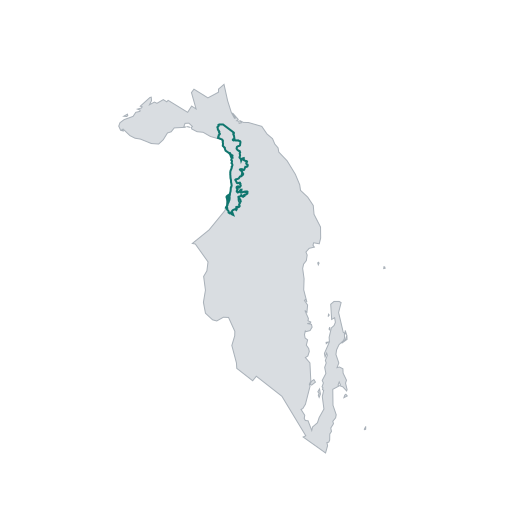 location of Veracruz within Mexico, rotated 214°
{"feature_id": "MEX-2734", "entity_name": "Veracruz", "entity_type": "State", "adm_level": 1, "iso_a3": "MEX", "parent_name": "Mexico", "parent_adm1": "", "projection": "albers", "projection_center": [-96.92, 19.815], "detail": "fine", "context": "in_parent", "style": "outline", "palette": "teal", "viewbox_px": 512, "rotation_deg": 214, "n_neighbors": 0, "source": "natural_earth", "source_scale": "10m", "svg_char_len": 9597}
<svg xmlns="http://www.w3.org/2000/svg" viewBox="0 0 512 512"><g transform="rotate(214 256 256)"><path d="M88.2,131.6L115.7,132.3L114.2,134.8L156.1,154.2L188.5,156.5L189.0,150.7L209.1,152.1L212.4,156.4L226.0,168.3L229.0,177.9L231.4,181.7L244.4,189.7L248.8,187.0L252.2,180.2L256.3,178.8L265.9,180.3L273.7,188.2L278.8,199.4L288.0,209.8L288.4,216.2L292.5,224.3L313.0,232.0L315.8,230.8L309.5,251.4L307.2,276.2L308.2,281.5L313.6,288.7L312.5,292.5L312.8,288.7L308.3,282.6L309.7,288.2L315.2,299.9L324.2,311.1L326.3,318.0L332.7,325.1L331.0,324.9L334.6,326.6L333.5,325.5L340.2,326.4L345.0,328.8L349.3,333.3L360.6,329.6L369.0,329.0L374.4,326.1L380.3,325.4L381.5,326.4L381.1,327.8L385.9,328.6L389.0,326.3L388.1,322.7L386.5,323.6L386.9,322.9L395.4,316.5L395.8,311.5L398.2,308.5L397.9,300.5L399.3,294.4L405.7,290.7L417.2,288.3L422.2,286.0L427.8,285.3L437.2,286.9L437.8,285.5L435.4,285.6L438.5,284.5L442.4,286.9L443.3,290.4L441.6,295.3L436.0,303.0L436.0,307.9L433.1,311.0L433.7,312.1L436.4,311.5L433.7,314.7L433.8,316.0L435.7,315.5L432.6,328.0L431.7,329.1L429.5,326.4L428.9,321.8L426.3,326.8L423.5,327.2L420.3,333.8L416.2,333.9L415.9,335.9L393.0,336.9L393.2,344.3L387.9,344.4L400.9,355.4L400.7,359.6L384.3,360.2L378.7,370.8L380.4,373.4L378.5,380.4L366.3,368.8L356.6,361.1L350.8,358.1L350.1,358.9L355.6,361.5L347.1,359.3L347.7,357.3L345.5,358.2L344.1,356.5L342.6,358.3L345.4,359.2L341.1,359.7L337.0,362.4L323.7,366.7L315.1,363.3L307.9,362.5L303.0,359.3L298.2,358.0L295.2,354.9L283.4,352.3L269.0,345.7L259.6,339.5L255.8,335.3L246.0,333.7L236.8,329.9L231.2,323.0L218.7,316.1L212.4,307.0L210.4,301.5L215.6,299.2L214.8,296.8L212.6,296.0L216.2,292.1L216.8,287.2L214.1,285.4L211.7,280.3L212.0,275.9L210.4,271.8L203.4,264.0L197.5,254.6L188.0,246.2L190.7,247.8L191.0,246.2L185.8,244.2L182.3,237.8L185.0,238.2L177.6,233.5L176.7,231.4L173.7,231.9L173.3,231.0L175.7,228.7L171.8,230.3L169.7,228.4L169.5,224.4L172.5,221.0L173.4,221.8L171.8,217.9L169.5,215.5L166.3,215.3L164.4,210.2L160.6,208.8L158.4,206.6L157.1,202.1L158.3,199.4L151.5,197.5L140.5,182.8L140.1,179.5L138.4,178.3L132.1,160.7L131.9,155.6L132.9,154.0L126.5,151.2L125.2,148.3L123.1,147.2L120.7,148.5L112.2,142.5L113.5,145.9L111.8,152.1L113.3,157.4L114.1,167.1L122.4,176.5L124.8,182.5L126.2,182.4L126.8,184.2L128.1,184.5L129.1,188.4L131.5,189.8L132.4,197.7L136.8,202.1L138.0,206.6L140.1,208.2L141.3,213.6L143.1,215.0L142.3,211.0L144.8,213.5L147.1,225.8L149.9,229.5L153.3,238.4L152.4,242.0L153.1,245.4L156.3,248.8L157.8,245.7L167.1,257.8L165.9,262.0L161.7,264.8L159.4,265.0L155.9,255.3L141.0,241.5L139.6,241.6L136.7,237.4L136.2,234.7L137.6,228.9L136.7,223.2L134.7,219.1L127.5,213.6L126.4,208.7L124.8,210.6L120.9,211.1L118.3,207.6L111.5,203.6L110.7,200.7L105.8,196.2L105.4,194.8L110.8,196.1L114.1,195.3L114.0,196.5L116.6,198.1L115.8,194.8L114.6,194.5L117.8,188.4L108.7,175.3L100.7,169.2L99.5,166.4L99.9,161.9L98.0,160.3L97.8,155.2L95.3,152.7L95.3,149.7L92.0,144.6L91.6,142.3L92.9,141.0L90.6,138.8L88.2,131.6ZM140.0,182.9L138.9,185.9L136.2,184.7L137.7,180.1L139.4,179.8L140.0,182.9ZM129.0,181.3L125.4,177.6L124.6,174.1L126.5,175.4L126.8,177.3L128.8,178.0L129.0,181.3ZM441.9,301.7L440.8,300.7L441.2,299.3L443.8,297.9L441.9,301.7ZM136.5,241.3L133.9,237.8L136.2,231.5L135.2,237.2L136.5,241.3ZM104.2,191.6L102.1,191.0L103.9,187.7L104.6,190.3L104.2,191.6ZM69.7,176.1L68.2,173.7L68.7,172.8L69.3,172.9L69.7,176.1ZM138.9,241.6L140.4,244.2L137.0,241.5L138.9,241.6ZM201.0,284.8L200.6,285.8L199.7,285.3L199.4,283.5L201.0,284.8ZM154.6,236.3L155.1,238.3L153.4,235.6L154.6,236.3ZM148.7,222.6L149.6,223.6L147.9,225.2L148.7,222.6ZM143.9,318.7L143.1,318.9L142.1,318.0L143.1,317.0L143.9,318.7ZM384.3,325.3L382.3,325.9L385.7,324.6L384.3,325.3ZM163.3,248.3L162.3,248.0L162.3,246.1L163.3,248.3Z" fill="#d9dde1" stroke="#a8b0b8" stroke-width="1"/><path d="M308.0,279.3L308.1,279.6L308.1,281.2L308.2,281.7L310.0,285.1L311.3,286.6L312.3,287.4L312.4,287.6L313.3,288.2L313.6,288.7L313.6,289.3L313.2,290.6L312.6,291.6L312.4,292.5L312.2,291.6L311.7,290.4L312.4,289.8L312.6,289.8L312.9,289.5L313.0,289.0L312.9,288.8L311.5,287.7L311.4,287.4L310.7,286.7L310.1,285.9L309.8,285.6L309.4,284.1L309.1,283.9L308.0,281.7L308.0,282.0L308.7,283.6L308.8,285.2L309.1,286.1L309.3,287.2L309.4,287.7L310.4,289.5L310.6,289.7L311.0,289.8L311.4,289.6L311.5,289.8L311.4,290.6L311.4,290.8L312.2,292.7L312.4,292.8L312.5,292.9L312.6,293.4L313.3,295.4L315.1,298.6L315.3,299.3L315.1,299.6L315.6,300.8L317.1,302.5L318.2,303.4L318.4,303.9L318.6,304.2L319.8,305.5L320.8,306.4L321.1,306.9L321.5,307.3L321.9,308.0L322.8,309.0L323.6,310.3L324.2,311.1L324.9,312.7L325.0,313.9L325.4,315.4L326.0,316.2L326.1,316.4L325.9,316.7L326.0,316.9L326.3,318.1L326.5,318.4L328.0,319.5L328.3,319.4L328.4,319.6L328.8,321.0L329.2,321.5L329.4,321.6L330.2,321.7L330.7,323.3L331.2,324.1L331.9,324.7L332.6,324.9L333.1,325.1L333.1,325.6L332.2,325.0L331.5,324.8L331.0,324.3L330.7,324.2L330.5,324.4L330.8,324.6L331.4,324.9L331.6,325.2L332.4,325.8L332.2,325.9L331.6,325.7L331.5,325.8L331.7,326.2L331.8,326.2L332.2,326.2L332.5,326.0L332.5,325.9L332.8,325.9L334.4,326.3L335.2,326.8L335.4,326.7L334.9,326.3L334.0,326.1L333.4,325.7L333.3,325.1L334.2,325.8L335.2,326.1L336.3,326.3L340.1,326.3L341.8,327.5L342.0,327.7L342.2,328.2L342.5,328.3L344.9,328.7L345.2,328.8L346.1,330.6L347.2,331.8L347.8,333.0L348.3,333.3L349.2,333.6L350.2,333.4L350.6,333.3L352.5,333.0L353.4,332.7L353.5,333.2L353.9,333.4L353.9,334.0L354.1,334.3L354.0,334.5L354.2,334.8L354.3,335.2L354.5,335.5L354.2,336.1L354.2,337.0L354.4,337.2L354.7,337.2L354.9,337.4L355.5,337.6L355.8,337.9L356.0,338.6L356.5,338.7L356.9,338.8L357.0,338.9L357.1,339.2L357.9,339.3L358.5,339.7L358.9,340.2L359.4,340.8L360.0,341.1L360.1,341.3L359.7,343.0L359.8,343.2L360.0,343.4L360.4,343.6L360.1,344.4L359.9,344.6L356.9,346.6L343.5,345.9L343.1,345.7L342.8,344.8L343.0,344.7L342.9,344.6L342.9,344.3L342.7,344.0L341.7,343.6L339.4,341.1L339.6,340.5L340.0,340.3L340.2,339.4L340.0,339.2L339.6,339.2L339.5,339.3L339.6,339.5L339.1,339.4L338.8,340.0L338.2,340.1L338.1,340.4L337.2,340.5L336.6,341.1L336.3,341.1L335.7,341.5L335.6,341.8L335.3,341.9L335.1,342.0L334.3,341.9L333.5,342.3L333.0,342.1L332.6,341.8L331.2,338.9L331.2,338.6L331.4,338.0L332.3,336.9L332.6,336.4L332.8,335.7L332.3,334.5L332.1,334.1L330.4,333.5L330.1,333.6L329.0,333.5L328.7,333.8L328.3,333.9L328.0,333.7L327.9,333.6L327.9,333.4L327.5,333.3L327.1,333.1L326.9,332.0L326.8,331.8L326.4,331.4L325.9,331.0L325.5,330.6L325.3,330.1L324.9,328.6L324.7,328.4L324.4,328.3L323.0,327.9L322.5,327.7L321.7,326.9L322.0,328.2L322.1,328.7L321.9,329.1L321.7,329.4L320.9,330.3L320.2,329.4L320.1,328.7L317.8,328.9L317.0,329.4L316.8,329.3L316.4,329.4L316.2,329.3L316.1,329.1L316.3,328.5L316.3,328.3L316.0,327.9L315.9,327.4L315.8,327.2L315.1,327.0L314.9,326.8L314.7,326.8L314.1,327.0L313.7,326.8L313.4,326.2L313.2,325.4L313.4,325.0L313.8,324.7L314.0,324.3L314.7,324.0L314.1,321.1L314.1,320.7L314.2,320.4L314.8,320.3L315.4,320.0L316.1,320.2L316.5,319.8L316.8,319.8L317.0,319.7L317.7,318.8L317.7,318.7L316.9,318.4L316.6,318.3L316.1,318.5L315.4,318.3L314.9,318.2L314.7,318.1L314.1,317.3L313.6,317.4L313.2,317.0L312.7,317.0L312.5,316.9L312.4,316.6L312.5,316.6L313.2,316.5L313.4,316.4L313.5,316.2L313.4,315.9L313.0,315.6L313.1,315.3L312.6,314.9L312.7,314.0L312.9,313.8L313.1,313.7L313.5,313.4L313.7,312.7L313.7,311.9L313.7,310.7L314.3,309.6L315.6,308.3L315.8,307.7L315.6,307.4L314.6,307.0L313.8,306.6L312.8,305.9L312.5,305.9L311.7,306.2L311.4,306.7L311.0,307.2L310.7,307.6L310.3,307.8L310.1,307.6L310.0,306.9L309.8,306.8L309.1,307.0L309.0,306.8L308.7,306.2L307.9,305.7L308.1,304.9L308.0,304.6L308.0,304.1L307.9,303.6L308.0,303.5L308.5,303.5L308.9,303.2L309.4,303.7L309.6,303.8L309.8,303.8L310.6,302.7L310.6,302.3L310.2,301.6L309.5,301.3L308.8,301.4L308.6,301.3L308.6,301.1L308.9,300.8L308.4,299.9L308.3,299.0L307.9,298.6L307.1,298.6L306.7,298.4L306.6,298.5L306.4,298.7L306.4,299.3L306.0,299.5L305.9,300.2L305.6,300.3L305.8,300.8L305.8,301.8L305.6,302.5L305.1,302.9L304.8,302.4L304.8,302.2L305.1,301.6L305.1,301.4L304.9,301.1L304.9,300.6L304.8,300.4L304.4,300.4L304.2,300.1L303.8,300.2L303.4,300.6L302.7,301.6L301.0,303.5L300.8,303.5L300.5,303.1L300.3,303.3L300.1,303.9L299.8,304.4L299.3,304.6L298.9,304.5L298.5,303.6L298.1,303.0L298.1,302.7L298.6,302.2L298.7,301.3L298.9,301.0L299.8,300.3L300.0,299.9L300.0,299.4L299.9,299.4L299.4,299.6L299.2,299.6L299.1,299.4L299.2,299.1L300.0,298.9L300.1,298.3L299.9,297.9L300.3,297.7L300.7,297.7L302.0,298.3L302.3,298.3L302.2,297.3L302.3,296.9L303.1,295.9L303.3,295.8L303.6,295.1L303.2,294.8L303.1,294.6L302.8,294.5L302.6,294.1L302.1,294.4L301.8,294.4L301.7,294.2L301.9,293.5L301.8,292.9L301.7,292.8L301.6,293.3L301.4,293.6L300.8,294.0L300.6,294.0L300.2,293.7L299.5,293.0L299.2,292.8L299.1,292.6L299.2,292.2L299.8,291.4L298.9,290.8L298.9,289.8L298.7,289.1L297.7,288.5L297.4,288.0L297.6,287.7L297.5,287.3L297.6,287.0L297.8,286.8L298.3,286.9L298.4,286.7L298.4,286.4L298.6,286.4L298.9,286.4L299.4,286.0L299.7,285.5L299.6,285.4L299.3,285.2L299.2,284.8L298.7,284.8L298.4,284.4L298.3,284.1L298.6,284.0L298.5,283.8L298.8,283.5L298.8,283.4L298.3,283.5L298.1,283.5L298.1,283.1L298.7,283.2L298.9,283.1L299.4,283.2L299.6,283.0L300.1,282.3L300.9,280.9L301.0,280.3L301.0,280.0L300.9,279.6L300.7,279.4L297.8,277.3L299.0,277.1L299.6,277.1L299.8,277.3L299.9,277.2L300.4,277.4L300.7,277.2L300.9,277.6L301.1,277.5L301.5,277.6L301.8,276.7L302.3,276.8L302.9,276.6L303.1,276.7L303.3,277.3L304.2,278.0L305.8,278.3L306.4,278.7L306.6,278.9L306.3,279.2L306.4,279.4L307.0,280.0L307.3,279.7L308.0,279.3ZM309.5,285.7L310.1,286.2L310.0,286.4L309.7,286.3L309.4,285.9L309.2,285.3L309.1,284.7L309.3,284.9L309.5,285.7Z" fill="none" stroke="#0f766e" stroke-width="2"/></g></svg>